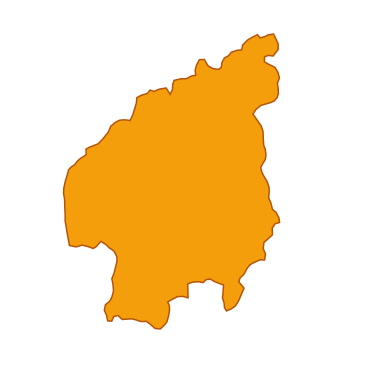 outline of Itariri, São Paulo, Brazil, rotated 159°
{"feature_id": "56859067B88746346825821", "entity_name": "Itariri", "entity_type": "district", "adm_level": 2, "iso_a3": "BRA", "parent_name": "Brazil", "parent_adm1": "São Paulo", "projection": "robinson", "projection_center": [-47.132, -24.286], "detail": "fine", "context": "isolated", "style": "filled", "palette": "amber", "viewbox_px": 384, "rotation_deg": 159, "n_neighbors": 0, "source": "geoboundaries", "source_scale": "gbopen_adm2", "svg_char_len": 2435}
<svg xmlns="http://www.w3.org/2000/svg" viewBox="0 0 384 384"><g transform="rotate(159 192 192)"><path d="M209.7,299.9L212.1,294.9L215.8,290.2L219.7,285.2L224.0,281.0L229.4,283.7L233.9,285.0L238.1,284.6L244.3,282.5L248.7,277.8L252.4,275.8L256.5,273.3L262.5,270.6L267.8,270.6L271.8,270.6L275.6,270.0L277.5,264.7L284.2,263.3L288.6,261.6L291.6,259.5L295.5,258.8L299.3,256.9L302.5,252.4L306.2,247.8L310.3,241.5L312.3,237.1L313.6,230.7L316.3,223.2L317.8,218.5L319.1,214.8L320.7,210.9L321.7,205.8L322.8,200.9L323.8,195.6L325.6,186.0L319.9,182.3L313.6,181.8L308.1,177.9L304.5,174.7L301.1,175.3L297.9,177.0L294.7,178.5L291.2,173.8L289.2,169.4L286.0,164.8L285.3,158.6L286.8,154.3L289.8,150.0L294.0,144.0L297.9,139.8L299.1,133.1L300.9,127.5L304.3,122.8L308.1,119.5L313.2,117.8L316.2,113.1L316.0,107.5L316.9,101.9L313.2,100.2L309.7,103.8L305.3,103.2L302.9,98.0L297.8,96.5L293.5,95.1L289.8,92.4L285.9,89.2L281.1,87.7L278.5,83.7L275.3,77.8L270.6,75.5L266.5,77.2L262.1,79.6L258.3,84.7L255.4,89.6L253.9,93.9L254.1,98.0L250.2,98.7L243.0,99.5L237.9,97.8L233.6,94.6L232.0,99.1L228.9,107.7L224.3,107.7L218.3,106.0L214.0,103.4L210.5,105.1L206.2,104.2L203.3,100.6L199.6,97.0L195.9,93.9L199.0,87.1L201.4,82.4L201.8,77.0L203.1,72.5L202.5,68.6L197.2,68.8L192.2,70.1L187.5,73.7L183.3,78.0L177.9,83.6L180.5,91.4L177.8,94.6L173.0,96.6L168.0,100.9L164.1,103.2L159.5,104.0L152.5,104.2L148.6,102.5L145.6,107.9L145.8,113.7L142.9,119.1L138.9,120.6L132.3,123.2L130.1,129.5L125.7,132.6L121.2,132.2L120.1,136.7L120.8,142.9L123.1,146.8L122.3,153.4L122.5,159.2L119.7,164.8L118.4,168.7L118.1,174.7L119.2,180.7L119.7,185.0L119.2,190.0L116.1,192.9L112.1,195.9L109.6,200.2L108.3,205.6L108.3,209.9L106.1,217.0L104.0,223.0L103.7,228.8L105.3,235.5L107.2,242.9L102.4,246.3L96.8,248.1L92.1,247.8L88.2,247.4L83.0,247.4L78.7,249.6L76.1,252.9L74.3,258.2L73.4,262.7L69.5,267.2L68.9,272.9L70.0,278.8L75.4,284.6L77.7,287.7L75.8,292.2L72.0,292.2L67.5,289.9L60.5,294.1L58.4,299.6L58.8,304.0L59.2,310.2L64.5,311.4L68.6,311.0L73.1,311.4L74.5,315.4L80.3,314.9L85.6,314.0L92.1,311.0L94.7,306.9L99.5,308.2L105.3,308.4L108.8,306.2L113.7,305.5L117.7,302.1L119.9,298.0L123.2,296.9L128.4,299.9L131.8,304.1L133.0,311.3L137.7,312.9L142.3,308.8L145.4,304.6L146.8,299.5L150.5,300.5L156.7,299.8L161.5,301.6L168.7,302.6L171.3,299.5L173.7,294.4L177.4,291.1L178.9,298.4L186.1,299.8L191.5,299.5L194.6,302.2L198.5,300.0L204.5,300.5L209.7,299.9Z" fill="#f59e0b" stroke="#b45309" stroke-width="1.5"/></g></svg>